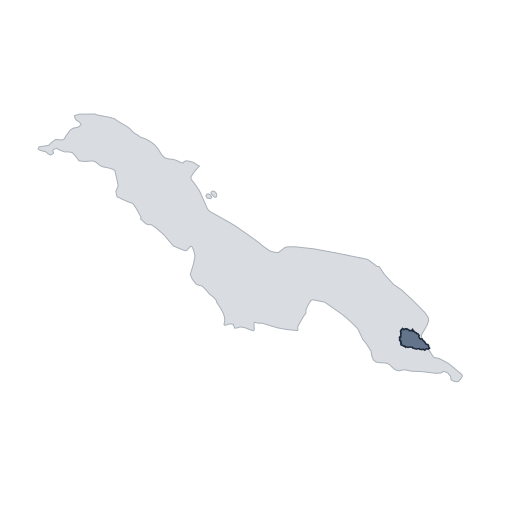 location of Thyolo, Thyolo, Malawi, rotated 311°
{"feature_id": "42251766B18929072887304", "entity_name": "Thyolo", "entity_type": "district", "adm_level": 2, "iso_a3": "MWI", "parent_name": "Malawi", "parent_adm1": "Thyolo", "projection": "equal_earth", "projection_center": [35.104, -16.129], "detail": "fine", "context": "in_parent", "style": "filled", "palette": "slate", "viewbox_px": 512, "rotation_deg": 311, "n_neighbors": 0, "source": "geoboundaries", "source_scale": "gbopen_adm2", "svg_char_len": 7175}
<svg xmlns="http://www.w3.org/2000/svg" viewBox="0 0 512 512"><g transform="rotate(311 256 256)"><path d="M207.3,302.6L204.9,298.2L202.9,299.3L200.1,302.4L198.6,303.2L197.9,303.1L197.4,302.4L196.7,300.4L194.6,294.7L192.2,290.7L189.6,289.1L187.6,287.3L188.5,285.5L189.4,284.2L189.0,282.9L187.8,280.9L183.3,278.1L183.2,276.9L187.2,274.5L189.7,271.6L191.4,268.8L193.6,262.7L195.3,256.6L196.6,254.7L197.0,250.7L196.7,246.1L197.6,240.3L198.0,234.9L196.7,232.7L195.5,229.1L196.8,222.8L198.9,218.5L209.0,214.0L216.0,209.9L217.4,208.1L219.8,204.6L221.1,201.2L220.2,200.2L214.7,200.1L213.3,198.8L209.3,186.9L211.5,173.2L211.6,167.8L211.6,161.2L210.9,156.3L209.1,154.3L208.0,151.7L208.3,144.5L209.9,143.7L213.4,134.2L214.9,128.6L213.1,124.2L211.0,117.8L210.1,113.8L209.5,112.5L211.0,110.0L213.3,107.5L216.0,106.9L218.8,105.7L227.6,93.9L227.7,91.7L226.1,87.7L222.8,81.8L222.0,79.3L221.6,72.2L220.3,70.0L215.4,65.2L211.7,60.1L212.9,55.0L213.5,49.4L211.6,46.3L208.9,43.1L207.2,38.4L206.4,34.9L204.2,33.5L202.2,33.5L200.8,35.7L199.2,35.5L197.3,34.7L196.7,31.7L196.6,28.4L195.2,26.2L194.0,23.1L193.8,21.5L194.6,21.0L196.3,20.8L203.4,26.9L207.7,27.2L212.5,28.4L216.6,33.8L218.8,34.5L221.5,33.8L229.2,33.2L232.3,34.0L236.4,37.2L237.9,37.6L240.4,37.7L240.9,36.9L241.1,35.0L240.7,31.2L241.3,29.1L242.8,26.9L247.0,29.5L257.6,41.4L257.9,42.9L264.7,54.7L266.9,59.7L266.9,62.3L268.9,72.6L269.4,77.4L268.9,81.0L269.0,84.0L269.8,88.2L269.6,89.9L272.0,96.1L273.1,101.3L273.4,106.3L272.7,111.2L270.6,118.4L270.2,121.3L270.7,123.9L272.1,126.7L274.4,129.8L276.1,133.5L277.2,137.9L278.2,139.9L279.5,139.8L281.7,140.5L283.5,143.0L285.6,147.3L286.3,152.2L286.7,154.3L280.6,154.1L273.1,154.9L271.2,156.9L270.6,161.1L268.3,169.9L267.0,173.1L264.2,179.0L260.2,187.4L259.4,190.1L259.5,192.9L261.9,204.2L264.3,216.1L265.1,220.7L266.8,236.5L267.8,247.6L268.0,254.1L268.8,262.9L271.0,267.6L273.2,270.6L281.8,272.4L284.3,274.5L289.1,280.1L299.7,295.5L305.5,305.4L310.6,314.0L319.7,330.1L326.7,342.5L327.6,354.2L328.8,355.9L326.4,364.6L324.8,378.6L325.9,387.8L325.4,403.7L324.1,420.5L322.5,426.5L320.4,428.8L315.5,430.6L304.7,432.7L303.0,434.7L301.6,437.9L299.4,445.7L296.9,453.5L296.1,456.8L296.6,457.6L298.9,461.6L301.2,471.8L301.6,489.2L300.8,490.5L297.6,491.2L294.1,491.0L292.7,490.0L291.5,488.1L290.5,484.4L292.8,481.8L293.6,477.2L292.1,473.3L289.2,472.5L285.6,468.9L277.7,457.2L271.2,449.1L267.3,442.3L263.4,439.6L262.3,437.9L261.4,435.0L261.4,430.9L261.7,427.8L260.5,424.4L256.5,419.1L254.7,416.2L254.6,412.7L256.3,409.3L259.7,405.2L262.2,396.8L263.1,391.4L267.9,380.5L268.5,371.0L268.6,363.4L268.3,357.8L267.1,346.1L266.2,338.1L260.3,327.6L258.4,326.6L252.8,327.5L248.0,329.1L245.6,331.2L242.1,331.4L232.7,333.2L229.7,334.0L228.0,335.9L227.0,336.3L221.1,328.1L215.9,319.4L209.2,304.4L207.3,302.6ZM275.8,186.8L274.2,187.3L273.2,186.2L273.4,182.9L274.0,180.6L275.6,180.2L276.7,180.8L277.4,181.9L277.5,183.6L277.0,185.4L275.8,186.8ZM272.3,180.9L271.4,184.1L269.5,184.1L267.7,181.2L268.3,179.0L270.0,178.3L271.5,179.1L272.3,180.9Z" fill="#d9dde1" stroke="#a8b0b8" stroke-width="1"/><path d="M284.1,423.6L284.3,423.8L284.2,424.1L284.2,424.3L284.3,424.5L284.5,424.7L284.6,424.9L284.7,425.4L284.7,425.6L284.8,425.9L284.7,426.1L284.8,426.3L284.8,426.5L285.1,426.7L285.2,426.9L285.4,427.1L285.4,427.3L285.5,427.3L285.5,427.6L285.5,427.8L285.4,427.9L285.2,427.8L285.2,428.0L285.3,427.9L285.5,428.0L285.7,428.3L286.0,429.0L286.2,429.5L286.3,429.9L286.6,430.4L286.8,430.7L286.9,430.8L287.3,431.1L288.2,431.8L288.4,432.0L289.7,433.9L289.6,434.0L289.3,434.6L289.4,434.9L289.6,435.1L290.0,435.5L290.0,435.9L290.0,436.2L290.4,436.9L290.8,437.5L290.9,438.0L291.2,438.3L291.6,438.5L291.8,438.6L292.2,439.0L292.4,439.3L292.8,439.6L292.9,439.8L293.2,439.9L293.2,440.0L293.1,440.3L293.0,440.7L293.1,440.9L293.2,441.1L293.6,441.7L293.9,442.1L293.9,442.3L294.0,442.5L294.3,442.6L294.5,442.7L294.6,442.8L294.8,443.0L295.0,443.1L295.3,443.2L295.3,443.8L295.5,444.3L295.6,444.5L295.6,445.1L295.9,445.2L296.0,445.3L296.4,445.2L296.9,445.3L297.5,445.2L297.6,445.3L298.0,445.7L298.1,445.9L298.2,446.0L298.3,446.3L298.3,446.5L298.5,446.7L298.6,446.9L298.8,447.1L299.1,447.0L299.4,447.0L299.5,447.1L299.8,447.2L299.8,447.3L300.0,447.5L300.1,447.4L300.3,447.5L300.4,447.4L300.3,447.2L300.4,446.6L300.5,446.4L300.7,446.2L301.0,445.6L301.1,445.4L301.4,445.3L301.6,445.0L301.7,444.7L302.0,443.8L302.0,443.7L301.5,443.2L301.3,442.8L301.1,442.6L301.0,442.4L301.1,442.2L301.2,441.6L301.4,441.4L301.4,441.2L301.4,440.7L301.6,440.3L301.7,440.1L301.8,440.1L301.8,439.8L301.8,439.5L301.8,439.2L301.9,438.9L302.0,438.8L301.9,438.5L301.7,438.1L301.7,437.4L301.8,437.0L301.9,436.8L302.1,436.6L302.3,436.5L302.4,436.3L302.4,435.9L301.9,435.1L301.5,435.0L301.5,434.9L301.4,434.8L301.4,434.5L301.4,434.4L301.1,434.2L301.1,433.9L301.3,433.6L301.5,432.7L301.7,432.4L301.7,432.1L301.9,431.8L302.1,431.6L302.4,431.4L302.6,431.3L302.8,431.4L303.0,431.3L303.0,431.2L302.9,431.0L303.0,430.9L303.2,430.7L303.3,430.5L303.3,430.4L303.4,429.7L303.5,429.4L303.4,429.2L303.4,428.9L303.0,428.7L302.9,428.6L303.0,428.3L303.0,427.9L303.2,427.5L303.2,427.3L303.1,427.0L302.9,426.8L303.0,426.5L303.0,426.4L302.8,425.9L302.6,425.7L302.7,425.2L302.6,424.7L302.5,424.4L302.6,424.2L302.7,424.3L302.8,424.4L303.0,424.2L302.9,424.0L302.9,423.7L302.7,423.4L302.9,423.2L303.0,423.1L302.9,422.9L303.1,422.8L303.2,422.6L303.3,422.5L303.4,422.3L302.6,422.3L302.5,422.6L302.4,422.7L302.2,423.0L301.9,423.1L301.8,422.9L301.9,422.7L301.6,422.6L301.6,422.2L301.4,422.2L301.0,421.5L300.9,421.4L300.7,421.2L300.6,420.9L300.7,420.7L300.4,420.6L300.2,420.6L300.2,420.4L300.3,420.2L300.3,419.9L300.2,419.8L300.2,419.6L300.2,419.1L300.1,418.7L300.2,418.4L300.3,418.3L300.1,418.1L299.9,417.7L299.7,417.7L299.8,417.4L299.7,417.0L299.4,416.8L299.4,416.7L299.0,416.4L298.8,416.3L298.5,416.2L298.4,416.2L298.2,416.2L297.9,416.1L297.7,416.1L297.7,415.9L297.8,415.6L297.7,415.4L297.6,415.2L297.4,415.2L297.4,414.8L297.4,414.7L297.5,414.6L297.5,414.3L297.5,414.1L297.4,414.1L297.1,414.1L297.0,414.3L296.9,414.3L296.6,414.4L296.6,414.6L296.5,414.4L296.4,414.4L296.2,414.4L296.1,414.2L295.8,414.2L295.7,414.2L295.5,414.3L295.4,414.3L295.3,414.5L295.1,414.4L294.9,414.4L294.7,414.2L294.8,414.1L294.7,414.1L294.4,414.2L294.4,414.3L294.1,414.3L293.9,414.5L293.8,414.8L293.7,414.7L293.6,414.8L293.5,415.0L293.4,415.5L293.2,415.5L292.8,415.8L292.7,416.2L292.3,416.2L292.2,416.3L291.9,416.6L291.6,416.9L291.5,417.0L291.3,417.3L291.2,417.4L291.0,417.5L290.8,417.7L290.7,417.8L290.5,417.6L290.4,417.6L290.2,418.0L289.9,418.2L289.8,418.4L289.7,418.4L289.5,418.1L289.3,418.0L289.3,417.9L289.2,417.8L289.1,417.7L289.2,417.8L289.1,418.0L289.0,417.9L288.9,417.6L288.5,417.8L288.4,418.0L288.2,418.2L287.9,418.4L287.8,418.5L287.8,418.8L287.7,419.1L287.5,419.3L287.3,419.4L287.3,419.5L287.2,419.5L287.0,419.4L286.8,419.6L286.9,420.1L286.9,420.4L286.8,420.5L286.6,420.7L286.6,420.8L286.5,420.7L286.5,420.8L286.5,421.2L286.3,421.2L286.2,421.3L286.3,421.5L286.3,421.9L286.1,422.0L285.9,422.3L285.8,422.5L285.7,422.5L285.6,422.4L285.4,422.3L285.2,422.3L285.0,422.6L285.0,422.8L285.3,423.0L285.2,423.1L284.9,423.2L284.6,423.2L284.4,423.4L284.2,423.5L284.1,423.6Z" fill="#64748b" stroke="#1e293b" stroke-width="1.5"/></g></svg>